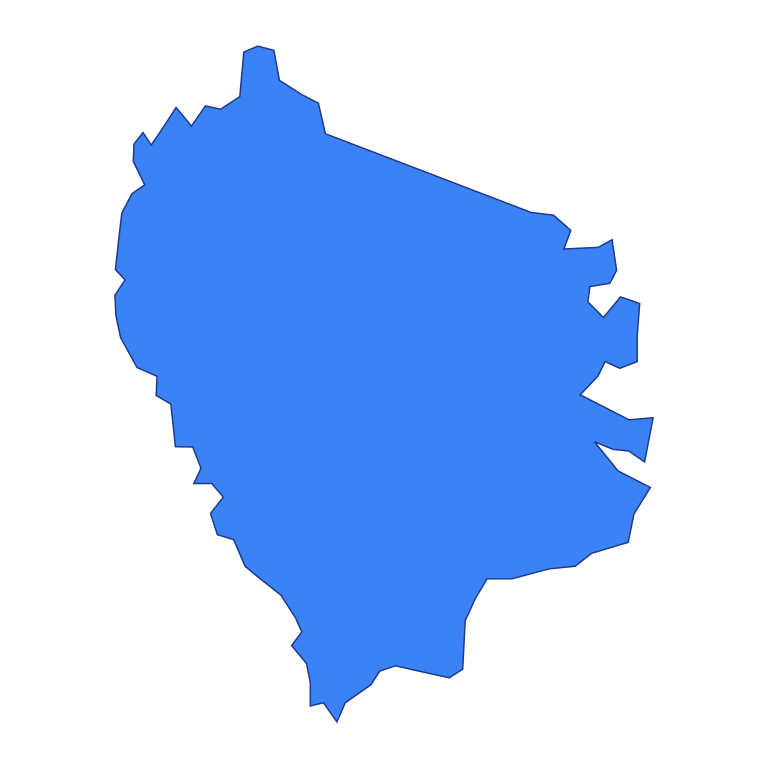 São José do Herval, Rio Grande do Sul, Brazil
{"feature_id": "56859067B53549681471758", "entity_name": "São José do Herval", "entity_type": "district", "adm_level": 2, "iso_a3": "BRA", "parent_name": "Brazil", "parent_adm1": "Rio Grande do Sul", "projection": "equal_earth", "projection_center": [-52.274, -29.066], "detail": "fine", "context": "isolated", "style": "filled", "palette": "blue", "viewbox_px": 768, "rotation_deg": 0, "n_neighbors": 0, "source": "geoboundaries", "source_scale": "gbopen_adm2", "svg_char_len": 1266}
<svg xmlns="http://www.w3.org/2000/svg" viewBox="0 0 768 768"><path d="M336.9,721.9L345.3,702.7L371.0,684.7L379.7,671.1L395.6,665.8L414.2,670.1L449.3,677.8L462.7,669.1L465.2,620.7L475.4,598.4L487.1,578.8L512.0,578.8L548.8,568.9L575.2,566.2L591.6,553.3L628.2,542.3L633.9,514.1L650.4,487.5L618.0,470.9L594.4,441.7L612.8,449.3L628.7,451.0L644.6,461.9L653.1,417.8L629.0,419.8L580.2,394.8L598.1,375.9L605.1,361.6L619.8,368.3L637.2,361.6L637.2,336.1L639.7,303.5L620.5,296.9L603.4,317.5L587.9,301.9L589.9,286.6L609.8,283.3L616.6,270.3L612.1,239.7L598.1,247.4L563.8,249.0L570.8,230.4L553.6,215.2L531.2,212.5L404.5,164.0L325.4,133.8L318.4,103.2L301.8,94.6L279.4,80.3L273.9,50.4L257.7,46.1L243.8,52.1L239.8,96.6L220.6,109.2L205.4,105.9L191.5,126.1L176.1,107.5L163.4,127.1L151.2,145.1L143.0,132.5L134.0,144.1L133.3,161.4L144.7,184.9L132.0,193.6L121.8,213.2L119.1,236.1L115.4,269.6L125.1,279.9L114.9,295.2L115.9,315.5L120.6,337.7L137.1,367.6L157.0,376.3L156.2,395.5L170.9,404.1L175.4,446.7L192.8,447.0L201.0,468.2L193.8,483.5L211.7,483.5L223.4,497.1L210.5,513.4L217.4,534.7L233.6,539.6L245.1,566.2L257.3,576.5L280.9,595.1L295.6,618.0L301.8,631.9L291.6,645.6L306.5,663.5L310.3,682.7L310.3,706.0L323.4,702.7L336.9,721.9Z" fill="#3b82f6" stroke="#1e3a8a" stroke-width="1.5"/></svg>